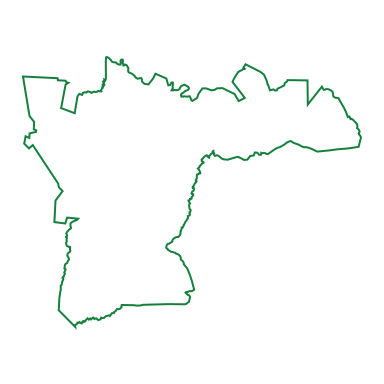 outline of Tierra Nueva, San Luis Potosí, Mexico
{"feature_id": "50627088B99864279855032", "entity_name": "Tierra Nueva", "entity_type": "district", "adm_level": 2, "iso_a3": "MEX", "parent_name": "Mexico", "parent_adm1": "San Luis Potosí", "projection": "natural_earth1", "projection_center": [-100.486, 21.645], "detail": "fine", "context": "isolated", "style": "outline", "palette": "green", "viewbox_px": 384, "rotation_deg": 0, "n_neighbors": 0, "source": "geoboundaries", "source_scale": "gbopen_adm2", "svg_char_len": 5833}
<svg xmlns="http://www.w3.org/2000/svg" viewBox="0 0 384 384"><path d="M358.6,146.8L361.0,137.3L359.9,135.3L359.0,134.3L359.1,133.6L358.7,133.2L359.6,131.7L359.4,130.7L358.4,129.3L357.0,128.1L357.5,126.5L357.0,123.9L356.3,123.4L355.4,122.1L354.6,121.6L353.6,120.3L352.3,119.3L351.6,118.9L350.6,119.2L350.2,118.3L350.2,117.7L349.4,117.2L349.3,116.5L348.1,116.4L347.7,116.8L346.2,112.5L344.5,108.8L338.4,98.1L335.3,97.7L333.6,96.7L333.1,95.3L332.8,92.4L332.2,91.5L330.7,90.3L328.6,89.3L327.5,89.1L325.8,89.1L324.8,89.8L323.6,89.8L321.9,86.7L307.8,104.5L307.5,80.4L287.5,80.1L287.0,81.5L284.8,83.0L284.3,85.4L277.5,88.7L276.9,90.3L275.1,90.6L273.6,89.4L270.0,90.3L268.2,85.1L267.8,84.8L267.9,84.5L267.5,84.0L266.7,80.7L264.1,74.8L260.5,71.9L245.5,64.3L243.3,68.0L244.7,68.9L244.4,69.1L243.5,68.9L241.9,70.1L239.6,71.1L237.9,72.4L234.1,78.5L232.5,81.9L244.8,97.9L238.7,101.1L234.7,94.1L222.5,88.1L216.8,88.4L214.6,89.9L211.3,90.3L206.3,88.4L202.4,88.4L198.4,94.0L197.2,97.9L192.3,100.9L191.5,100.5L189.9,96.4L189.1,96.2L187.3,96.7L184.0,96.3L183.3,96.7L182.6,96.4L181.4,96.6L181.0,95.5L181.1,94.5L181.7,93.5L183.5,92.6L184.9,91.3L186.4,90.5L187.9,90.0L188.7,89.0L189.0,88.0L188.2,86.8L184.5,84.7L181.0,86.1L179.5,89.1L178.1,89.9L177.3,90.2L174.2,90.0L173.1,90.4L171.6,90.3L172.8,88.1L172.6,86.3L173.0,85.0L172.8,82.6L171.6,82.4L170.2,85.1L168.3,85.3L166.3,78.5L155.4,73.7L153.1,78.5L148.5,84.4L145.0,84.0L143.6,83.2L142.3,81.8L141.9,80.9L141.8,78.9L141.3,78.2L140.1,78.1L137.8,78.8L135.6,77.4L134.8,76.6L134.7,76.0L132.1,73.8L129.1,72.5L128.3,71.8L128.1,70.5L128.4,68.0L126.4,65.0L125.1,64.5L124.5,65.2L123.4,65.5L123.1,63.9L122.4,62.6L122.9,61.4L122.9,60.1L122.6,59.7L121.6,59.5L120.6,60.3L120.6,64.5L119.2,64.6L117.3,63.9L115.7,62.3L113.7,62.3L111.9,61.7L110.9,60.0L108.5,57.8L107.1,57.1L106.1,57.3L105.8,60.5L105.9,78.5L105.3,80.4L104.3,79.7L104.4,80.5L104.1,80.7L104.4,80.9L104.0,82.2L103.3,82.1L104.4,84.7L104.2,85.2L103.1,84.6L102.9,85.1L102.9,86.2L102.6,85.8L102.5,87.0L101.2,90.1L101.5,91.3L101.1,91.5L100.6,91.2L99.7,91.4L98.2,90.9L97.2,91.7L95.7,92.0L94.1,91.7L92.1,92.5L91.9,92.8L91.3,92.8L90.5,92.1L88.0,91.4L86.7,91.9L86.5,92.5L84.7,92.3L82.9,92.9L82.1,94.9L79.3,93.9L77.5,96.3L74.7,113.2L61.1,108.1L65.6,84.5L68.3,82.8L66.3,82.2L65.6,80.7L57.9,80.3L57.6,78.2L23.0,76.5L29.5,116.0L34.1,121.9L33.8,129.3L36.2,130.3L36.1,131.9L29.6,133.4L29.3,138.0L25.6,136.3L24.2,143.6L29.0,148.4L32.8,145.1L58.3,183.8L58.4,185.4L59.2,187.6L62.6,191.1L55.5,200.6L54.4,222.1L65.3,223.5L67.1,217.6L78.1,218.7L76.8,220.0L72.4,221.8L70.7,223.2L70.4,223.7L70.5,226.3L71.1,227.9L70.9,228.4L69.0,229.7L66.9,232.2L66.3,233.5L67.0,235.4L67.0,236.0L66.1,236.6L66.0,237.1L66.8,237.8L66.9,238.2L66.5,239.2L66.8,241.5L66.1,242.5L66.3,244.5L66.8,245.8L69.2,247.1L69.8,246.8L70.2,247.2L70.0,249.3L70.3,250.8L70.0,251.8L68.5,252.7L67.7,253.7L67.3,255.6L68.2,256.9L69.0,259.0L68.8,259.9L67.6,261.5L67.1,263.0L65.7,263.9L65.0,264.7L64.4,268.5L65.4,269.0L65.6,269.7L64.2,272.5L64.9,273.5L63.4,277.3L62.6,277.3L62.5,277.9L63.2,278.1L63.3,279.2L62.7,280.9L62.2,281.5L61.6,284.9L60.7,285.6L60.8,289.8L60.4,291.0L59.4,298.0L58.7,310.2L75.2,326.9L75.0,325.9L75.4,324.7L76.6,324.3L77.3,323.6L77.4,322.7L78.8,322.8L79.4,322.0L80.8,323.2L81.7,323.4L82.1,322.1L83.1,321.2L84.0,321.0L84.1,321.8L85.3,321.2L85.8,320.1L87.6,318.3L88.8,319.6L90.1,318.6L90.5,319.3L91.0,319.5L92.8,317.7L93.5,317.6L94.3,319.0L96.2,318.3L98.2,320.1L100.5,319.3L101.2,317.7L101.7,318.1L104.1,317.9L106.0,316.1L109.0,315.4L109.8,316.1L111.9,313.2L113.9,313.1L114.2,312.0L115.5,311.2L116.9,309.1L118.7,309.2L120.3,308.6L121.6,307.0L121.4,306.2L121.7,305.0L133.9,305.2L136.8,305.6L140.3,305.5L143.1,304.8L169.3,304.1L184.4,304.3L186.0,304.0L189.0,301.7L190.1,296.8L188.9,295.2L188.1,295.1L185.5,292.6L186.0,292.1L187.3,292.1L189.4,291.1L191.7,291.2L194.2,289.7L191.8,280.7L189.3,273.3L187.2,268.4L183.8,264.3L183.9,263.2L182.8,261.3L180.8,259.4L180.8,257.8L180.2,256.3L179.4,255.3L177.6,254.0L175.9,253.5L175.2,252.8L171.9,251.8L170.7,251.7L169.6,250.7L168.2,250.1L167.5,248.8L166.4,248.2L166.2,247.8L166.3,246.9L166.5,245.7L167.3,244.3L168.0,243.8L168.8,243.8L172.0,241.8L172.5,240.1L173.7,238.6L176.1,237.1L178.5,236.9L180.3,234.6L180.7,231.8L180.5,231.1L181.0,230.6L181.7,228.4L181.7,227.6L182.5,227.7L183.8,225.4L183.7,224.8L184.4,224.0L185.6,221.4L186.4,220.7L187.0,219.3L187.6,218.9L187.9,218.0L187.8,216.1L189.6,215.4L189.9,213.8L189.5,213.4L189.6,212.5L189.9,212.6L190.7,210.3L190.4,209.6L189.7,209.0L189.4,207.8L189.1,204.9L190.1,203.4L189.3,202.5L188.5,200.5L189.7,200.0L189.9,198.9L191.4,198.8L191.7,198.2L191.5,197.3L193.2,195.3L193.1,194.2L192.0,194.0L191.5,193.4L192.2,191.6L193.6,190.7L194.0,188.7L193.7,188.0L192.8,188.0L192.6,187.6L192.7,186.8L193.7,185.9L194.7,183.6L196.2,182.0L196.6,181.2L196.5,180.9L195.8,180.7L195.7,180.3L196.9,178.1L196.8,175.3L197.1,174.5L198.0,174.4L198.7,173.5L199.9,173.6L200.3,173.2L200.3,172.6L199.1,170.0L197.9,168.6L198.6,167.8L199.3,167.4L199.6,166.1L200.3,165.7L201.7,163.8L203.6,162.7L203.3,161.9L201.8,161.2L201.6,159.5L203.2,158.3L203.4,157.5L205.7,155.6L206.8,155.3L207.4,156.4L209.0,157.7L209.3,156.9L209.1,155.9L210.3,155.0L210.8,154.1L212.3,153.2L212.8,151.2L213.4,150.9L213.7,153.0L214.1,153.3L213.8,153.6L214.3,155.4L214.6,155.7L215.2,155.9L216.6,155.3L217.4,155.3L218.4,155.8L221.9,158.7L224.0,159.4L227.7,159.7L237.0,156.9L238.3,157.0L241.8,158.6L243.9,159.9L246.6,159.8L247.4,159.6L250.2,156.0L253.3,155.6L253.9,155.2L254.8,152.5L256.9,152.6L257.9,153.3L259.1,154.8L260.9,154.7L261.3,152.8L262.2,153.3L263.9,152.9L265.3,153.2L266.7,154.0L267.9,154.1L274.3,149.6L277.2,147.9L280.2,147.0L284.1,144.7L287.1,142.4L290.1,141.1L291.4,141.3L293.8,143.0L298.1,144.4L302.6,146.8L304.1,147.3L305.8,147.1L308.2,147.6L311.9,149.0L317.2,151.6L330.1,150.3L336.6,149.4L348.4,148.4L358.6,146.8Z" fill="none" stroke="#15803d" stroke-width="2"/></svg>